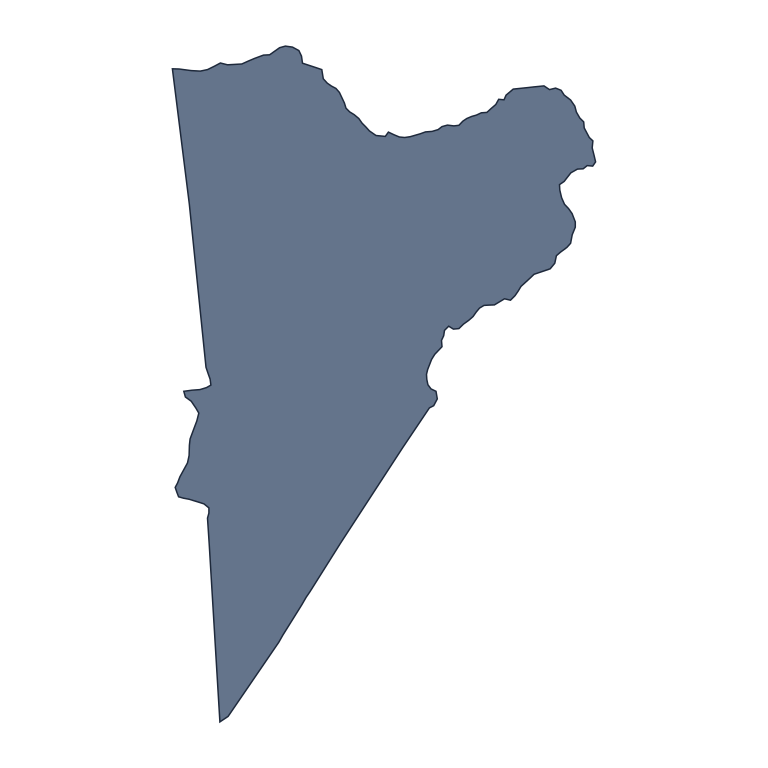 outline of Capanema, Pará, Brazil
{"feature_id": "56859067B17880522908499", "entity_name": "Capanema", "entity_type": "district", "adm_level": 2, "iso_a3": "BRA", "parent_name": "Brazil", "parent_adm1": "Pará", "projection": "albers", "projection_center": [-47.084, -1.188], "detail": "fine", "context": "isolated", "style": "filled", "palette": "slate", "viewbox_px": 768, "rotation_deg": 0, "n_neighbors": 0, "source": "geoboundaries", "source_scale": "gbopen_adm2", "svg_char_len": 2231}
<svg xmlns="http://www.w3.org/2000/svg" viewBox="0 0 768 768"><path d="M219.9,721.9L228.1,716.4L278.9,642.1L282.8,635.2L301.8,604.8L306.2,597.2L309.9,591.8L340.7,542.9L373.1,493.1L402.6,447.8L429.4,407.9L433.7,405.7L437.3,398.9L436.0,391.3L431.0,388.9L427.9,384.7L426.8,379.4L426.5,374.3L427.7,369.4L431.6,359.4L434.7,354.4L442.0,346.7L441.5,340.4L443.7,335.7L444.5,330.4L448.7,326.2L453.4,329.1L458.9,328.6L463.5,324.1L468.9,320.2L473.1,316.5L476.1,312.2L479.5,308.1L484.0,305.4L489.0,305.1L494.4,304.9L504.5,298.8L510.5,300.2L515.0,295.7L518.1,291.2L521.0,286.4L530.2,278.0L534.0,274.3L550.2,268.8L554.8,263.2L556.4,255.7L560.3,252.3L566.9,247.4L570.6,243.3L572.2,234.8L575.3,227.2L575.3,221.9L572.1,213.6L568.5,208.5L564.5,204.3L561.6,197.7L559.8,190.1L559.5,184.6L564.2,181.4L567.2,177.5L570.9,172.8L577.4,169.1L583.2,168.8L587.2,165.6L592.7,166.1L595.6,161.9L594.1,155.5L592.2,147.9L592.9,140.9L589.3,137.5L586.9,133.0L584.2,127.9L583.7,121.9L579.8,118.0L576.4,112.1L574.8,106.1L570.6,100.0L564.2,95.1L561.1,90.3L555.6,88.1L549.5,89.6L544.0,85.9L533.9,86.9L527.7,87.6L513.2,89.1L506.1,95.1L504.0,99.8L498.7,99.3L495.8,104.5L490.8,108.8L486.9,112.4L481.3,112.8L476.4,115.1L471.8,116.4L466.8,118.5L462.8,121.2L458.9,125.3L453.9,125.9L447.4,125.1L442.0,126.6L438.1,129.6L432.1,131.4L425.5,131.9L420.2,133.8L410.2,136.7L404.7,137.5L399.4,137.0L394.1,134.8L388.4,132.1L385.3,136.4L376.0,135.5L369.4,130.9L365.8,126.9L362.1,123.2L358.8,118.5L354.1,114.6L349.7,111.9L346.0,108.2L344.4,103.0L339.4,92.4L335.9,88.4L331.5,86.1L327.3,83.2L323.3,78.8L321.8,69.6L316.2,67.7L302.5,63.2L301.5,56.1L298.9,50.6L292.5,47.1L285.4,46.1L279.6,47.7L269.6,54.8L263.5,55.1L254.6,58.4L248.0,61.2L241.8,64.0L227.5,64.8L220.4,63.0L214.6,66.1L207.5,69.6L200.3,71.1L191.2,70.6L179.1,69.0L172.4,68.8L189.3,203.9L206.0,367.3L208.2,373.8L210.1,379.1L210.9,385.1L206.5,387.6L199.9,389.6L191.9,390.2L183.8,391.3L185.4,397.0L191.2,401.2L195.9,408.1L198.8,413.1L196.8,421.0L194.3,427.6L190.1,438.9L189.4,445.2L189.1,455.5L187.5,462.9L179.9,476.8L177.6,482.9L175.2,487.4L176.8,492.1L178.6,496.8L183.5,498.2L188.9,499.2L199.4,502.4L204.0,503.9L208.9,507.9L208.9,513.1L207.5,518.1L209.2,543.9L219.9,721.9Z" fill="#64748b" stroke="#1e293b" stroke-width="1.5"/></svg>